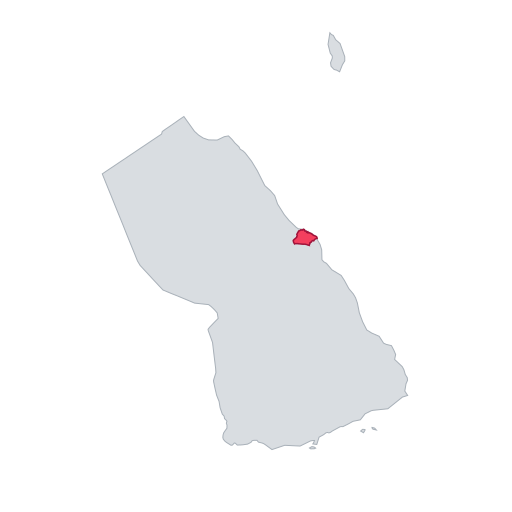 Brum Mayf'ah, Hadramawt, Yemen (highlighted), rotated 257°
{"feature_id": "15242507B1280575170074", "entity_name": "Brum Mayf'ah", "entity_type": "district", "adm_level": 2, "iso_a3": "YEM", "parent_name": "Yemen", "parent_adm1": "Hadramawt", "projection": "natural_earth1", "projection_center": [48.863, 14.347], "detail": "fine", "context": "in_parent", "style": "filled", "palette": "rose", "viewbox_px": 512, "rotation_deg": 257, "n_neighbors": 0, "source": "geoboundaries", "source_scale": "gbopen_adm2", "svg_char_len": 5284}
<svg xmlns="http://www.w3.org/2000/svg" viewBox="0 0 512 512"><g transform="rotate(257 256 256)"><path d="M408.1,217.1L391.3,224.1L386.8,227.2L382.8,231.1L379.8,235.9L377.7,244.3L379.4,252.0L379.2,256.2L374.9,258.9L370.8,260.9L366.3,263.9L363.6,264.6L361.3,267.0L358.7,268.7L349.3,273.0L339.0,276.4L322.6,280.4L316.3,284.8L310.6,287.8L301.8,288.7L289.8,292.9L283.2,296.2L274.9,301.6L273.0,303.3L271.6,307.3L269.0,310.8L264.0,316.4L260.3,319.3L257.8,319.5L252.9,321.0L247.2,321.4L237.5,319.4L235.0,320.8L233.0,323.0L225.5,326.8L217.9,334.6L212.4,336.6L203.4,339.1L197.1,342.3L192.9,343.6L187.4,344.2L177.4,343.9L167.9,345.1L159.0,347.3L154.9,351.4L150.1,357.9L142.4,360.7L140.6,363.0L138.2,367.8L133.2,369.1L128.6,369.9L124.0,367.8L115.3,373.6L112.0,374.5L106.9,374.8L103.4,376.0L100.8,375.7L97.7,373.4L90.9,370.6L86.0,372.4L85.6,366.9L77.5,350.1L79.3,335.4L79.3,333.4L77.7,326.8L72.9,320.8L73.1,313.3L71.5,307.8L70.2,302.3L70.6,300.8L70.7,299.5L68.3,290.9L67.5,289.1L67.2,287.3L68.0,286.0L68.0,284.4L66.7,281.7L65.3,276.7L58.7,272.8L60.1,269.1L61.4,270.4L63.1,271.5L63.5,269.1L63.5,267.3L60.9,256.2L65.1,241.4L63.8,228.0L70.1,222.6L71.7,221.0L72.6,219.5L74.1,216.5L76.2,215.5L76.9,212.3L76.9,210.7L75.6,209.3L74.6,205.5L75.0,200.8L75.3,198.8L76.0,195.2L78.2,193.8L78.7,192.8L77.1,190.5L77.2,189.1L81.0,185.3L82.5,184.1L84.9,182.9L86.8,182.9L88.9,183.6L90.9,184.7L92.7,186.6L94.7,188.9L97.7,189.7L99.8,189.5L101.5,190.5L102.9,189.9L104.6,188.8L107.2,188.9L109.5,187.6L116.2,186.9L122.6,187.3L129.3,186.3L135.9,186.3L142.7,186.4L144.2,186.6L145.6,187.3L151.3,190.7L155.6,191.4L164.2,192.3L173.5,193.3L181.5,194.2L188.3,193.4L193.9,192.7L195.4,192.8L197.1,194.9L200.5,200.1L203.7,205.1L209.3,205.4L212.9,203.5L216.9,200.9L219.3,198.9L222.1,190.8L223.9,185.6L228.1,179.8L231.6,174.9L236.2,168.4L238.7,164.8L243.8,157.7L248.6,154.9L257.8,149.6L266.9,144.4L272.8,141.0L277.8,139.4L286.2,138.1L296.1,136.5L306.0,134.9L316.6,133.3L328.3,131.4L336.4,130.1L346.7,128.5L355.2,127.1L362.8,125.9L370.6,124.7L372.1,128.6L373.6,132.5L375.1,136.5L376.6,140.4L378.1,144.3L379.6,148.3L381.1,152.2L382.6,156.1L384.1,160.1L385.6,164.0L387.1,167.9L388.6,171.9L390.1,175.8L391.6,179.7L393.1,183.7L394.6,187.6L396.0,191.4L398.4,192.7L399.9,196.3L401.9,201.5L404.0,206.7L406.1,211.9L408.1,217.1ZM431.7,374.9L433.8,375.3L436.9,374.0L446.0,373.8L456.9,378.2L454.8,379.3L453.6,380.9L448.8,382.3L444.1,385.7L430.3,387.3L426.2,386.4L422.9,383.2L416.7,378.9L419.1,376.2L419.6,375.0L420.5,373.8L424.0,371.8L427.5,372.1L431.7,374.9ZM62.7,322.4L62.3,323.2L61.7,323.0L59.6,321.0L61.9,318.6L63.1,320.8L62.7,322.4ZM56.5,270.0L55.4,270.9L55.1,269.4L55.8,265.9L56.9,264.9L57.7,267.5L57.2,268.9L56.5,270.0ZM61.6,332.9L59.4,334.1L60.9,331.0L62.5,330.3L62.9,330.5L61.6,332.9Z" fill="#d9dde1" stroke="#a8b0b8" stroke-width="1"/><path d="M254.4,310.2L254.5,310.2L254.8,310.2L255.0,310.5L255.6,311.1L255.9,311.2L256.1,311.4L256.3,311.3L256.6,311.3L256.8,311.5L256.8,311.8L257.0,312.1L257.1,312.3L257.1,312.6L257.1,313.0L257.3,313.2L257.5,313.3L257.7,313.5L257.9,313.8L258.0,314.0L258.2,314.3L258.3,314.6L258.2,314.9L258.0,315.1L257.8,315.4L257.8,315.7L258.0,315.9L258.2,316.1L258.4,316.3L258.7,316.5L258.8,316.7L259.1,317.3L259.2,317.6L259.3,317.9L259.3,318.2L259.4,318.5L259.4,318.8L259.4,319.1L259.2,319.3L258.9,319.4L259.0,319.4L259.3,319.4L259.3,319.5L259.6,319.5L259.8,319.5L260.1,319.5L260.3,319.5L260.5,319.6L260.8,319.5L261.0,319.4L261.3,319.2L261.5,319.0L261.8,318.7L262.0,318.5L262.1,318.3L262.3,318.1L262.4,317.9L262.6,317.6L262.8,317.4L262.9,317.1L263.1,316.8L263.3,316.6L263.6,316.3L263.8,316.2L264.0,316.1L264.5,315.9L264.8,315.5L264.9,315.2L265.1,315.0L265.2,314.9L265.3,315.0L265.5,314.9L265.6,314.7L265.6,314.8L265.6,314.7L265.9,314.4L266.0,314.2L266.3,313.7L266.4,313.4L266.5,313.3L266.6,313.2L266.8,313.1L266.8,312.9L266.9,312.7L266.8,312.4L266.8,312.2L266.8,311.9L266.9,311.7L267.0,311.6L267.3,311.5L267.3,311.4L267.5,311.4L267.8,311.3L267.8,311.2L267.9,311.3L267.9,311.2L268.0,311.2L268.3,311.1L268.5,311.0L268.5,310.9L268.5,311.0L268.6,310.9L268.8,310.7L268.9,310.4L268.9,310.2L269.0,310.0L269.1,309.9L269.2,309.7L269.3,309.5L269.3,309.4L269.5,309.4L269.7,309.1L269.8,309.1L270.0,309.1L270.3,309.1L270.5,309.0L270.8,309.1L270.9,308.9L271.0,308.8L271.0,308.7L271.3,308.5L271.3,308.4L271.2,308.4L271.3,308.3L271.2,308.2L271.3,308.1L271.2,307.9L271.2,307.7L270.9,307.6L270.8,307.4L270.8,307.1L270.9,306.9L271.0,306.9L271.0,306.7L271.0,306.4L271.1,306.2L271.3,306.0L271.3,305.9L271.3,305.7L271.4,305.4L271.0,304.7L270.8,304.2L270.8,303.7L270.8,303.4L270.8,303.2L269.9,302.4L268.6,301.2L267.9,300.6L267.3,300.7L266.8,300.8L266.2,300.5L266.0,300.2L265.8,300.1L265.5,300.0L265.1,299.9L264.7,299.1L264.3,298.4L263.5,296.8L262.8,295.8L262.4,295.7L261.4,295.7L261.0,295.7L260.7,295.8L260.2,295.9L259.9,296.0L259.6,296.1L259.2,296.3L259.3,296.4L259.2,296.8L259.1,297.5L259.0,297.9L259.0,298.1L258.9,298.4L258.8,298.7L258.8,299.0L258.7,299.2L258.6,299.5L258.4,300.2L258.2,300.5L258.1,300.8L258.0,301.4L257.7,302.1L257.6,302.4L257.5,302.7L257.3,303.3L257.2,303.5L257.2,303.8L257.0,304.1L256.9,304.7L256.7,305.3L256.7,305.5L256.6,305.9L256.5,306.4L256.4,306.7L256.2,307.0L255.9,307.5L255.8,307.8L255.7,308.1L255.0,309.0L254.9,309.2L254.8,309.5L254.4,310.2Z" fill="#f43f5e" stroke="#9f1239" stroke-width="1.5"/></g></svg>